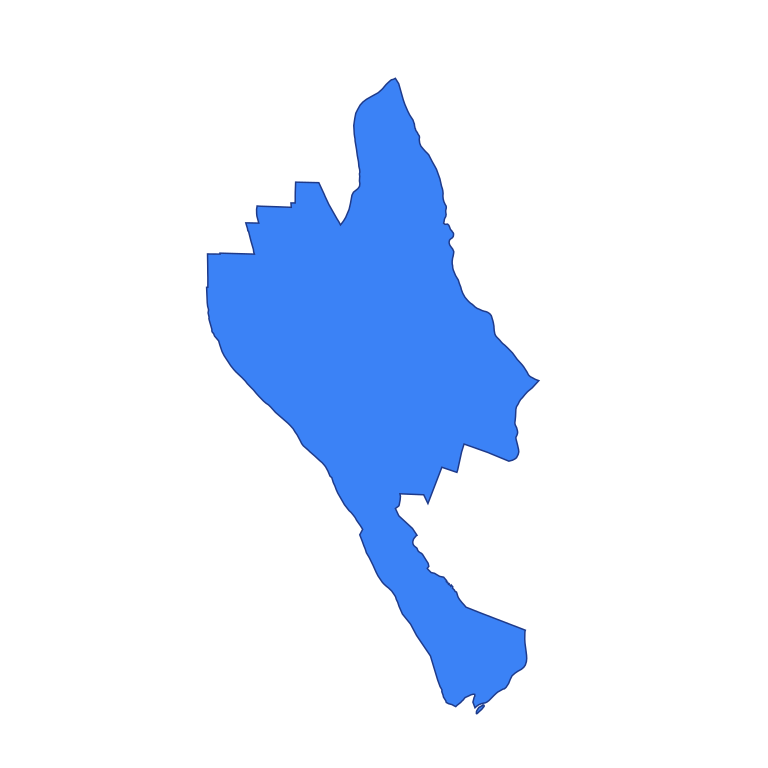 General Paz, Corrientes, Argentina, rotated 103°
{"feature_id": "61730980B94998770553919", "entity_name": "General Paz", "entity_type": "district", "adm_level": 2, "iso_a3": "ARG", "parent_name": "Argentina", "parent_adm1": "Corrientes", "projection": "natural_earth1", "projection_center": [-57.724, -27.709], "detail": "fine", "context": "isolated", "style": "filled", "palette": "blue", "viewbox_px": 768, "rotation_deg": 103, "n_neighbors": 0, "source": "geoboundaries", "source_scale": "gbopen_adm2", "svg_char_len": 6161}
<svg xmlns="http://www.w3.org/2000/svg" viewBox="0 0 768 768"><g transform="rotate(103 384 384)"><path d="M375.4,559.9L379.2,554.8L382.8,552.8L388.8,549.1L392.4,546.1L400.7,537.4L403.8,533.5L405.8,530.6L409.7,523.8L412.4,519.7L414.4,517.3L417.0,513.3L419.2,509.8L421.7,506.6L424.0,503.3L427.7,497.6L429.3,494.6L430.3,491.9L432.0,489.1L436.1,483.3L443.8,468.8L445.6,465.9L448.0,462.5L450.8,459.8L453.1,457.2L458.5,452.5L460.6,450.8L462.4,448.7L465.4,443.1L466.8,440.8L469.6,435.5L473.0,429.6L474.6,426.5L476.5,423.9L477.9,422.2L481.4,419.1L483.9,417.3L485.9,415.9L487.0,413.8L491.5,411.2L494.7,408.7L497.8,406.7L500.8,404.4L509.5,396.3L510.4,395.5L515.2,389.6L516.6,387.1L518.6,384.5L520.6,382.1L522.9,380.1L524.9,377.9L527.3,375.2L530.4,372.1L536.4,373.7L542.3,369.7L546.2,367.2L548.8,365.3L552.4,363.2L556.6,359.2L563.1,353.9L569.2,349.3L572.4,346.6L577.6,341.0L579.1,338.8L580.6,336.1L581.7,333.7L584.0,329.9L587.2,326.4L588.7,324.9L591.2,323.5L593.5,321.6L597.3,319.3L604.0,314.3L607.3,310.1L612.0,304.1L621.7,295.7L638.5,277.6L653.2,269.2L660.2,265.2L666.2,261.3L668.9,258.8L670.9,258.4L673.8,256.5L675.7,255.6L678.9,252.4L679.9,252.0L680.4,251.5L680.5,250.6L680.8,249.9L681.0,249.0L681.0,248.1L681.1,245.6L681.7,243.6L682.2,241.5L680.7,240.6L677.0,237.6L675.8,237.0L674.1,235.8L671.3,234.5L668.8,231.2L667.3,229.4L666.2,227.3L666.0,225.8L667.6,225.3L669.1,225.7L674.0,225.8L679.0,222.5L677.2,221.3L675.2,219.5L673.5,217.1L672.6,215.3L671.9,213.6L670.7,212.1L668.8,210.5L666.7,209.2L662.6,206.7L660.2,205.1L658.6,203.9L654.5,199.4L653.9,198.1L652.1,196.8L647.7,195.2L643.2,194.5L639.5,193.6L636.3,191.3L633.9,189.1L631.0,185.9L628.6,184.1L626.1,183.1L622.5,182.8L619.4,183.2L616.2,184.1L611.8,185.7L604.6,188.4L600.8,189.5L594.6,190.8L593.0,191.0L592.1,190.9L585.2,239.5L583.0,253.9L581.4,256.0L579.4,258.9L577.0,261.9L575.4,263.5L574.2,264.4L572.2,265.5L570.4,266.6L570.2,268.0L568.9,269.1L567.5,271.4L566.2,271.3L564.8,273.2L565.9,273.5L565.2,274.1L564.7,276.0L563.8,275.7L563.3,277.7L562.7,277.7L562.5,278.8L561.6,278.7L559.5,281.5L558.8,282.4L558.9,286.5L557.9,289.7L557.1,292.1L557.1,293.8L557.1,295.7L554.7,299.5L553.9,300.4L551.6,299.3L549.1,300.5L548.4,301.0L547.3,302.2L541.4,308.1L540.8,309.0L540.4,309.9L540.2,310.9L539.9,311.6L539.3,312.8L538.4,313.8L537.3,314.4L536.4,315.2L535.4,317.4L534.6,318.7L533.4,319.7L532.0,320.3L530.8,320.5L529.3,320.4L528.4,320.3L527.2,319.8L524.5,318.4L524.0,317.8L518.3,323.8L509.7,338.9L509.0,340.0L502.7,344.9L499.6,342.2L498.8,342.0L493.4,342.2L489.8,342.7L487.4,343.8L483.0,320.4L490.6,314.3L452.1,308.9L453.7,293.1L451.2,292.9L449.9,292.9L432.8,293.1L424.5,292.5L427.3,267.9L431.1,245.0L429.3,241.6L427.4,239.4L426.0,238.3L422.4,237.4L419.8,237.4L417.5,238.2L413.3,240.2L407.9,243.0L406.3,243.5L403.7,242.9L401.6,242.8L399.9,243.3L396.8,244.9L394.5,246.8L393.4,247.4L392.3,247.8L390.0,248.0L386.2,248.5L379.1,249.8L376.4,249.8L373.1,248.7L371.1,248.3L368.4,247.4L366.1,246.0L362.6,244.3L359.4,242.5L358.0,241.5L354.4,238.7L345.9,233.9L345.6,236.5L345.3,238.2L344.8,239.8L344.1,242.5L343.7,243.6L342.6,245.3L340.2,247.3L335.7,251.9L334.1,253.9L330.1,259.7L327.2,263.0L324.8,265.8L321.2,271.4L319.0,275.1L317.9,277.4L317.2,278.5L316.4,279.6L315.3,281.0L313.0,284.6L311.8,286.1L310.2,287.3L307.2,288.6L304.4,289.5L302.9,289.9L301.5,290.5L299.8,291.2L297.8,292.2L296.1,293.2L294.3,294.2L293.2,294.9L291.7,296.8L290.8,299.2L290.5,301.3L290.6,302.0L290.4,304.8L289.7,308.1L289.4,310.2L288.4,312.7L287.4,314.3L286.4,316.2L285.8,317.9L284.8,319.7L283.6,321.5L281.2,324.7L277.7,327.8L274.5,329.9L272.3,331.0L269.7,332.8L267.9,333.9L267.0,334.4L266.0,335.0L262.2,338.7L257.4,342.1L255.5,343.1L253.2,343.8L251.5,344.6L248.9,345.2L245.6,345.5L244.2,345.4L241.8,345.5L240.5,345.6L239.3,345.8L237.1,347.4L234.5,350.5L233.5,351.4L231.8,352.3L230.8,352.5L229.0,352.5L227.8,351.8L226.4,350.5L225.7,350.1L224.6,349.7L223.2,349.8L222.0,350.0L221.2,350.5L220.2,351.8L219.6,352.3L218.8,353.5L218.2,354.2L216.3,355.4L214.8,356.5L213.9,358.0L214.7,360.5L213.9,362.1L212.3,362.0L210.3,362.2L209.0,362.1L207.0,361.5L204.9,361.6L203.2,362.3L201.3,362.9L199.0,362.9L197.6,363.1L196.5,363.6L195.3,364.8L192.8,366.7L190.3,368.0L187.6,368.9L185.0,369.3L182.4,370.2L180.5,371.1L178.4,372.4L171.5,375.7L163.1,381.1L160.8,383.1L156.3,387.2L150.6,392.0L149.3,393.9L148.1,395.9L145.9,399.0L143.9,401.6L141.3,403.4L137.7,404.7L135.6,404.9L134.4,405.4L132.9,407.0L131.6,408.0L129.6,410.2L128.4,410.7L127.8,411.3L126.7,411.8L125.1,412.5L123.8,412.9L122.8,413.6L120.2,415.2L116.2,419.4L112.7,422.3L106.7,426.7L102.7,429.2L88.1,437.2L83.6,441.7L85.1,443.5L85.9,445.2L86.1,445.4L87.8,446.7L90.0,448.2L91.7,449.3L94.6,450.8L95.7,451.3L97.6,452.4L101.5,455.2L102.8,456.6L104.2,458.2L107.0,461.3L110.5,465.1L114.0,468.0L117.6,470.0L122.4,471.4L126.5,472.4L131.9,472.2L134.5,472.0L139.0,471.6L140.6,471.1L147.2,469.2L149.8,468.2L151.6,467.4L153.8,466.8L161.5,463.6L167.4,461.4L173.1,458.9L177.7,457.4L180.5,456.0L183.0,455.2L184.8,455.2L187.3,454.3L188.2,454.2L191.7,453.6L194.2,452.6L196.9,452.3L199.6,453.4L204.0,456.9L207.2,457.7L215.9,457.3L221.7,457.3L230.2,458.8L233.9,460.0L235.6,460.7L238.8,462.2L236.3,464.3L233.7,466.9L221.5,478.1L214.1,483.9L212.9,484.7L202.5,492.8L207.2,515.5L217.1,513.6L221.6,512.6L224.1,512.0L227.6,511.3L227.8,512.3L228.5,515.4L232.7,514.1L235.4,528.2L238.6,544.5L239.1,547.7L240.0,547.6L242.3,547.5L246.7,546.4L249.0,545.6L255.4,542.2L257.6,552.8L258.1,554.9L260.1,553.8L263.0,552.1L265.4,551.1L265.6,550.4L274.8,545.7L280.7,542.4L282.1,541.6L284.8,540.6L286.6,539.5L293.4,573.3L294.3,573.0L297.0,585.2L308.7,582.3L315.4,580.7L320.1,579.5L329.4,577.4L329.7,578.6L344.6,574.5L348.0,573.3L349.8,572.3L351.3,571.6L354.3,571.4L358.2,569.5L359.7,569.3L360.8,568.8L369.5,564.0L371.2,563.6L372.5,562.6L372.8,561.8L373.3,561.3L375.4,559.9ZM684.3,219.5L684.2,219.4L684.2,219.2L683.0,218.3L681.7,217.5L679.8,216.1L678.0,215.0L677.5,214.9L676.0,214.1L675.2,213.9L674.4,214.5L674.4,215.3L675.3,216.0L675.7,216.1L675.7,216.6L677.0,217.8L677.5,218.6L678.3,219.0L679.8,219.6L680.2,219.6L680.9,220.0L682.2,220.2L682.9,220.2L683.5,219.9L684.0,220.0L684.4,219.7L684.3,219.5Z" fill="#3b82f6" stroke="#1e3a8a" stroke-width="1.5"/></g></svg>